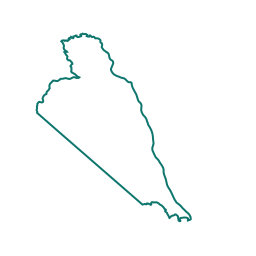 Boa Vista, Roraima, Brazil, rotated 311°
{"feature_id": "56859067B27069997070739", "entity_name": "Boa Vista", "entity_type": "district", "adm_level": 2, "iso_a3": "BRA", "parent_name": "Brazil", "parent_adm1": "Roraima", "projection": "equal_earth", "projection_center": [-60.644, 3.017], "detail": "fine", "context": "isolated", "style": "outline", "palette": "teal", "viewbox_px": 256, "rotation_deg": 311, "n_neighbors": 0, "source": "geoboundaries", "source_scale": "gbopen_adm2", "svg_char_len": 5215}
<svg xmlns="http://www.w3.org/2000/svg" viewBox="0 0 256 256"><g transform="rotate(311 128 128)"><path d="M79.8,49.4L79.7,75.8L79.7,78.1L79.7,80.5L79.7,81.8L79.7,91.3L79.7,93.2L79.7,145.3L79.7,146.8L79.7,147.8L79.7,155.8L79.7,161.4L79.7,162.4L79.7,189.1L80.7,189.9L81.8,190.6L82.1,191.3L82.3,191.8L82.9,192.1L83.4,191.8L83.8,192.1L84.3,193.2L84.7,194.2L84.8,195.2L85.0,195.6L85.5,195.7L85.9,195.4L86.4,194.8L86.8,194.6L87.4,194.6L87.8,194.9L88.2,195.3L88.5,196.1L89.1,196.5L89.7,197.4L90.6,198.2L90.9,199.0L91.2,200.4L91.2,202.6L91.4,203.3L91.5,204.1L91.6,204.6L91.5,206.0L91.5,206.8L91.3,207.5L91.0,208.1L90.9,208.9L91.2,209.8L91.0,210.4L89.7,210.4L89.4,211.2L89.6,213.0L88.9,214.2L88.4,215.8L87.9,217.1L87.4,217.8L87.4,218.4L88.0,218.3L88.7,218.5L89.7,218.5L90.4,218.7L90.9,219.0L91.2,219.2L92.1,219.9L92.7,220.2L93.7,220.3L94.1,220.8L94.2,222.0L94.1,223.6L93.7,224.1L93.2,224.6L91.6,226.6L91.3,227.1L91.4,227.7L91.6,228.2L92.0,228.5L92.4,228.3L92.7,227.8L92.9,227.0L93.6,226.5L94.3,226.6L95.4,227.4L95.9,227.9L97.3,229.1L98.5,230.7L99.0,231.6L99.1,232.1L99.0,232.7L98.7,233.1L97.8,233.5L97.5,233.9L98.2,234.3L99.4,235.0L99.9,235.2L100.5,235.1L101.1,234.4L101.5,233.9L101.9,233.6L102.3,232.5L102.6,231.9L103.0,230.3L103.1,228.5L103.0,226.5L103.2,224.8L103.3,222.3L103.8,218.7L103.8,216.0L103.5,213.7L103.9,212.5L104.5,210.3L105.5,207.9L107.8,202.9L108.8,200.2L109.5,197.8L110.1,196.1L111.0,194.4L111.8,193.3L114.2,190.1L116.3,186.2L117.6,184.3L118.4,183.5L119.6,182.5L120.3,181.7L121.0,180.6L121.8,178.5L122.4,176.4L122.8,174.7L123.3,173.4L123.8,171.7L124.0,169.0L124.1,168.3L124.3,167.5L125.0,165.9L125.9,163.9L126.1,163.4L126.6,162.4L127.2,161.1L128.1,160.1L129.3,159.2L132.7,157.7L133.3,157.2L134.0,156.5L135.4,154.9L138.0,152.2L139.4,150.6L140.6,148.8L141.8,146.6L142.8,144.1L143.8,140.9L144.7,139.7L145.0,139.1L145.4,138.2L146.1,137.1L146.8,136.0L147.4,134.2L147.8,131.0L148.1,129.9L148.5,129.0L149.0,127.9L149.5,127.1L150.3,126.1L150.9,125.6L152.3,124.6L153.8,123.5L154.3,122.8L154.6,122.3L154.8,121.8L155.0,121.2L155.1,119.0L155.3,118.2L155.4,117.7L158.5,112.7L159.2,111.1L159.9,109.0L161.3,105.5L161.8,104.5L162.5,103.3L163.1,102.5L163.9,101.7L164.3,101.2L164.4,100.4L164.1,99.7L163.3,98.9L163.0,98.2L162.8,97.2L163.0,94.8L163.1,94.2L163.0,93.4L163.0,92.7L162.8,92.2L162.4,91.6L161.7,90.3L161.4,89.4L161.2,88.9L161.0,88.2L160.3,86.3L159.7,84.6L159.4,83.2L159.3,82.1L159.3,81.0L159.5,80.1L160.0,78.4L160.7,77.1L161.1,76.7L161.4,76.4L166.4,74.7L167.0,74.5L167.8,73.7L168.2,73.3L168.5,72.2L168.3,70.6L168.2,69.9L168.4,69.1L168.6,68.5L168.9,67.9L169.6,67.0L170.6,65.7L171.2,64.6L171.5,63.6L171.5,62.9L171.2,62.4L171.1,61.9L171.1,61.0L171.1,60.5L170.9,59.0L170.9,58.3L171.1,57.4L171.3,56.7L171.5,55.7L171.8,55.1L173.9,53.9L174.7,52.8L174.5,51.2L175.3,50.2L175.9,49.9L176.3,49.2L176.3,48.4L176.2,47.4L175.9,46.6L175.1,45.5L174.8,45.0L174.2,44.5L174.4,43.6L174.5,43.0L174.5,42.5L174.1,41.9L173.4,41.6L173.0,41.0L172.9,40.1L173.1,39.3L173.0,38.7L172.6,38.3L171.9,38.9L171.5,38.8L170.5,37.4L170.3,36.6L171.1,36.6L171.5,36.1L171.3,34.5L170.3,33.5L169.9,33.0L169.3,31.7L168.3,31.6L167.7,30.9L167.1,30.9L167.1,31.8L166.6,32.4L164.6,31.3L164.2,31.0L163.8,30.6L163.5,30.0L163.4,29.4L164.0,28.6L163.5,27.9L162.3,27.6L161.3,26.8L160.1,27.7L159.7,27.6L159.5,26.8L159.4,25.3L158.6,25.7L158.1,25.0L157.7,24.8L156.9,24.5L156.2,24.7L155.8,25.0L156.1,25.6L155.5,25.5L155.0,25.2L154.5,25.4L153.9,25.2L153.6,24.0L153.1,23.6L152.8,23.2L152.3,23.2L152.3,22.5L151.9,21.9L151.2,21.2L150.8,20.9L150.3,20.8L149.7,20.8L149.7,21.4L149.5,22.4L149.4,23.0L149.1,23.5L148.9,24.1L148.7,24.7L148.4,25.2L147.9,25.8L147.5,26.2L147.1,26.4L146.5,26.6L146.1,27.0L145.9,27.5L145.5,27.9L145.5,28.8L145.3,29.3L145.2,30.2L145.5,30.9L145.6,31.4L145.5,32.0L143.5,30.3L143.3,31.1L143.2,31.8L142.8,32.5L142.6,33.1L142.7,33.7L142.5,34.4L142.2,35.4L141.8,35.6L141.2,36.0L140.3,36.5L140.1,37.2L140.0,38.1L140.0,38.6L140.7,39.3L141.0,40.1L140.8,41.1L140.6,42.9L140.3,43.6L139.8,44.0L139.1,43.7L138.4,43.8L137.6,43.9L136.9,44.0L136.7,44.7L136.7,45.4L136.1,46.1L135.4,46.5L134.9,47.1L134.4,47.4L133.9,47.9L133.5,47.9L133.2,48.5L133.0,49.3L133.3,49.9L133.4,51.0L133.8,52.1L133.8,52.8L133.8,54.0L133.8,54.6L133.7,55.3L133.7,56.5L134.0,57.0L134.3,58.0L133.6,57.9L133.2,57.7L132.6,57.0L132.1,56.4L131.8,55.7L131.5,54.9L131.2,54.3L130.9,53.9L130.4,53.4L127.6,52.3L127.0,52.0L126.4,51.4L125.8,50.3L125.5,49.8L125.2,49.0L124.8,48.3L124.0,47.6L123.5,47.3L122.5,46.5L121.9,46.0L121.0,45.0L120.5,44.7L120.0,44.8L119.3,44.7L118.3,44.4L117.9,44.2L117.2,44.0L116.8,43.6L116.1,42.5L115.6,41.5L115.1,41.0L114.7,40.8L114.5,40.3L114.0,40.3L113.1,40.3L112.2,40.4L111.7,40.2L111.1,40.2L110.5,40.2L109.8,40.3L108.9,40.7L108.3,40.9L107.6,41.6L107.2,42.1L106.7,42.8L105.7,42.9L104.9,43.1L104.4,43.1L103.8,43.1L103.0,43.0L102.4,43.0L101.5,43.1L100.4,44.0L100.0,44.1L99.5,43.8L98.9,43.6L98.2,43.3L97.8,43.3L97.1,43.3L95.8,43.6L94.9,43.9L94.2,44.2L93.9,44.7L93.6,45.1L93.3,45.6L92.9,46.2L92.0,46.7L91.3,46.5L90.7,46.2L90.4,45.5L89.5,43.9L89.0,43.7L88.4,43.7L87.2,43.6L86.7,43.8L86.3,44.1L85.9,44.4L85.6,44.8L85.0,44.9L84.6,45.1L84.2,45.3L83.7,45.9L83.3,46.4L82.2,46.9L81.6,47.2L81.3,47.7L81.0,48.4L80.8,48.8L80.4,49.1L79.8,49.4Z" fill="none" stroke="#0f766e" stroke-width="2"/></g></svg>